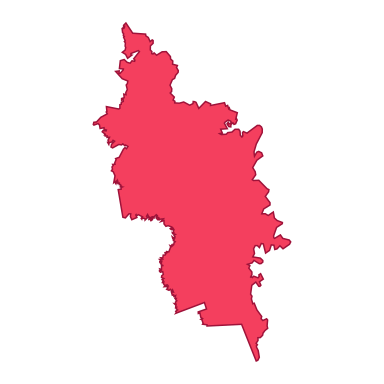 outline of Minatitlán, Veracruz, Mexico
{"feature_id": "50627088B22697915736316", "entity_name": "Minatitlán", "entity_type": "district", "adm_level": 2, "iso_a3": "MEX", "parent_name": "Mexico", "parent_adm1": "Veracruz", "projection": "natural_earth1", "projection_center": [-94.427, 17.705], "detail": "fine", "context": "isolated", "style": "filled", "palette": "rose", "viewbox_px": 384, "rotation_deg": 0, "n_neighbors": 0, "source": "geoboundaries", "source_scale": "gbopen_adm2", "svg_char_len": 6040}
<svg xmlns="http://www.w3.org/2000/svg" viewBox="0 0 384 384"><path d="M100.8,117.3L96.6,121.9L93.8,122.3L93.3,124.5L93.9,125.1L98.1,123.6L99.5,125.0L100.1,128.5L104.0,127.7L104.1,129.4L106.4,130.0L106.1,130.9L103.1,130.5L102.2,131.8L105.1,134.1L104.5,135.0L105.5,135.2L105.3,136.0L107.2,136.0L107.0,137.4L109.5,137.3L108.0,140.2L108.7,142.3L107.7,142.4L108.8,144.4L109.2,142.7L111.8,142.0L113.0,140.3L114.6,141.2L111.6,144.3L111.0,147.0L112.6,147.9L118.8,144.5L121.6,144.9L122.8,143.9L125.0,145.8L125.6,145.1L128.0,146.4L126.5,148.7L125.0,147.6L123.4,149.2L119.2,157.3L115.6,158.6L116.1,159.5L114.7,163.0L115.0,164.2L112.7,164.4L113.3,165.3L112.0,167.0L112.5,169.2L111.4,170.8L113.3,171.8L115.0,175.8L113.8,182.5L114.9,181.5L115.5,183.2L116.4,181.4L116.9,183.1L117.6,180.8L118.3,183.3L119.3,183.1L119.2,184.5L121.2,184.6L120.1,185.0L121.3,186.0L120.5,186.7L122.2,187.0L121.0,187.5L121.2,189.1L118.2,189.6L122.9,217.3L125.4,217.9L129.0,213.8L130.7,213.8L130.4,216.6L131.8,219.7L136.9,217.5L135.8,215.0L136.1,214.6L136.6,215.7L138.4,214.7L142.5,216.8L141.2,218.3L141.8,219.1L142.0,218.3L143.8,218.3L145.1,218.8L145.1,220.0L147.6,217.6L146.5,216.3L147.6,214.5L148.7,216.8L150.8,217.7L149.1,218.2L148.9,219.4L151.8,218.6L150.4,221.1L152.5,219.6L152.0,216.8L152.9,216.7L154.2,218.6L154.0,216.8L156.3,214.7L157.3,215.6L156.5,216.5L157.8,217.2L156.1,217.9L157.8,219.8L158.8,219.8L158.1,219.0L159.0,218.2L159.6,219.3L163.3,218.8L161.0,221.5L164.0,220.5L164.0,223.9L165.9,226.3L168.1,225.7L171.7,226.9L172.2,227.3L170.2,228.7L171.2,229.5L173.7,228.1L172.6,229.7L173.9,229.8L173.3,232.0L173.9,232.7L173.4,233.5L172.4,232.9L172.6,233.6L175.3,234.4L174.0,235.2L175.1,237.0L173.7,238.0L172.3,236.9L172.9,238.9L174.4,238.9L173.4,240.6L175.2,241.7L174.0,242.8L173.7,244.7L172.5,245.2L172.9,246.3L172.1,244.6L171.2,245.7L172.2,246.9L170.2,245.8L170.7,246.9L168.8,251.9L166.8,251.6L167.2,253.3L166.5,252.1L166.0,253.3L164.7,252.1L165.6,254.2L165.0,255.1L163.2,255.1L162.8,257.9L161.0,257.8L162.4,259.1L159.6,259.4L161.4,261.0L159.8,261.5L159.9,262.5L160.7,263.4L161.5,262.4L161.2,264.6L163.4,265.7L161.5,265.6L161.5,269.4L160.0,269.0L160.8,270.3L159.5,270.4L159.5,271.2L160.4,272.2L162.7,271.6L163.3,274.4L161.7,275.8L161.5,277.5L163.8,278.5L162.1,279.7L163.3,280.6L162.5,282.3L163.8,282.1L163.3,283.4L164.9,285.8L164.2,286.7L166.4,286.5L166.2,285.0L167.5,284.9L168.3,286.1L167.0,286.9L167.9,287.9L166.7,289.3L169.0,290.3L170.4,289.3L171.7,291.1L172.5,289.8L173.5,292.1L171.4,292.0L172.3,295.2L173.6,294.9L173.9,296.4L175.6,295.6L174.9,298.2L176.3,298.4L175.6,299.6L176.8,300.8L175.4,302.2L175.9,304.1L174.5,303.8L175.9,305.3L175.6,307.7L176.6,307.4L176.3,308.8L177.6,309.9L175.7,311.3L176.4,312.4L175.8,313.3L204.4,302.5L206.5,309.0L198.2,311.9L198.3,313.5L199.9,313.0L200.8,317.3L202.5,318.6L200.9,319.3L202.0,319.9L203.1,323.4L202.6,324.2L207.0,324.8L207.0,326.0L241.6,324.3L256.2,361.0L257.8,360.3L259.3,357.3L258.2,350.5L256.6,347.4L256.4,345.8L257.4,344.8L256.1,343.3L258.0,340.5L257.9,337.7L260.3,337.6L262.6,335.3L263.0,333.2L265.0,330.5L267.7,328.3L267.1,325.9L267.6,320.0L266.6,318.8L262.8,320.5L261.1,318.7L261.7,316.5L256.9,309.9L254.2,303.2L252.8,303.8L251.4,298.9L252.0,296.2L250.6,294.2L251.8,285.3L255.8,282.1L258.8,286.3L259.8,286.4L260.9,285.2L259.4,281.8L263.3,279.1L260.6,273.7L258.9,274.9L259.2,276.4L258.0,277.8L253.7,276.2L252.4,277.5L251.5,276.6L250.3,277.6L251.9,274.8L251.9,272.0L248.8,268.1L249.9,265.7L247.5,264.3L252.1,262.9L254.0,260.4L259.3,263.7L261.0,263.6L262.8,262.1L262.8,260.5L260.3,258.1L252.8,256.9L254.5,253.5L253.6,248.8L255.2,245.6L257.4,245.6L259.4,247.6L261.3,243.5L263.3,243.9L265.6,253.1L269.5,250.4L271.3,244.9L273.9,245.2L274.8,249.5L277.0,248.9L279.9,245.8L283.0,248.8L289.5,244.3L290.7,241.9L289.2,240.0L282.8,238.4L280.4,234.9L274.6,238.4L273.8,237.7L273.6,235.9L276.6,227.4L282.3,223.7L282.4,222.5L277.1,220.5L274.4,218.0L273.3,212.0L268.2,215.5L265.2,213.7L261.8,213.8L263.7,208.9L270.0,205.0L270.0,202.7L265.3,196.4L268.6,191.8L268.9,189.6L267.1,188.8L258.8,180.3L253.5,180.5L252.3,179.7L255.7,174.8L255.2,171.7L252.7,167.6L256.9,160.2L262.8,155.9L261.6,152.8L258.7,151.4L256.8,152.2L254.5,156.2L254.0,151.9L256.3,144.0L262.2,132.7L262.3,129.1L261.5,127.0L259.6,125.4L257.3,125.4L247.0,133.1L243.4,131.6L242.5,132.7L242.8,135.9L241.9,137.0L240.3,135.2L240.0,131.2L238.7,129.3L235.0,129.3L231.9,132.1L227.8,132.6L226.3,134.2L221.3,134.6L219.6,133.6L222.3,133.0L220.7,129.2L227.3,128.7L224.4,123.2L224.8,122.4L228.1,120.0L230.8,121.3L231.2,122.3L230.5,123.2L228.9,123.9L228.2,122.3L227.0,123.9L228.8,126.6L230.8,126.9L230.9,124.6L232.9,122.8L234.0,124.4L235.6,123.8L237.2,120.1L236.5,118.7L235.8,119.0L237.3,112.7L230.0,109.9L229.3,107.9L228.7,108.7L227.6,105.4L225.7,106.2L224.5,102.7L210.5,105.5L210.6,103.8L205.5,101.5L198.8,108.4L196.1,102.4L194.7,101.7L193.2,101.5L193.0,103.6L189.7,105.2L183.7,102.0L179.3,103.2L174.7,102.9L174.9,101.3L173.1,100.1L174.3,97.1L170.2,93.0L171.6,91.6L171.8,88.8L170.0,85.2L172.4,79.6L174.6,78.4L175.6,75.3L178.1,72.4L178.3,70.6L176.5,67.5L177.4,65.5L172.6,64.2L172.8,61.0L170.6,59.0L170.4,56.5L166.2,51.6L162.1,51.8L156.6,55.2L154.1,52.9L153.0,54.0L151.7,53.6L151.9,51.6L150.3,50.0L150.4,45.9L153.1,43.3L153.1,40.5L152.2,39.9L150.1,41.6L148.3,37.5L145.8,35.8L145.6,34.1L132.7,33.2L125.9,23.0L123.6,25.3L123.6,26.6L124.6,26.4L124.3,27.9L123.6,28.3L123.6,27.4L122.1,28.5L122.6,32.6L123.6,33.7L123.3,35.5L124.3,36.5L123.6,37.2L125.2,40.8L124.4,41.5L125.4,42.9L125.1,46.1L125.7,47.4L125.2,50.0L122.3,52.3L125.6,54.4L127.6,58.3L131.9,55.1L131.0,54.9L131.0,53.5L138.3,50.6L139.4,51.6L133.7,58.8L134.9,60.1L134.6,61.3L132.0,60.8L130.1,63.2L127.1,62.3L124.2,59.5L120.3,60.7L119.4,68.6L123.4,69.0L123.2,69.9L120.1,73.4L119.0,73.3L119.2,70.9L115.6,71.4L122.2,78.7L127.8,81.0L127.4,83.5L126.2,85.0L127.3,89.5L125.8,92.6L126.0,94.7L123.8,94.1L124.2,97.7L121.6,98.5L121.6,100.2L123.1,99.2L123.3,101.4L121.3,102.4L121.2,104.3L119.9,104.7L119.9,108.3L118.7,109.0L106.4,106.6L106.9,111.5L106.2,112.0L107.3,113.8L100.8,117.3Z" fill="#f43f5e" stroke="#9f1239" stroke-width="1.5"/></svg>